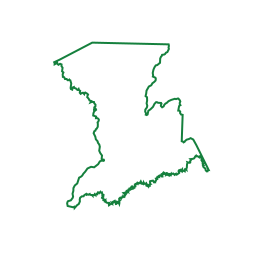 Zaragoza, Antioquia, Colombia, rotated 196°
{"feature_id": "7082276B32326905944373", "entity_name": "Zaragoza", "entity_type": "district", "adm_level": 2, "iso_a3": "COL", "parent_name": "Colombia", "parent_adm1": "Antioquia", "projection": "natural_earth1", "projection_center": [-74.894, 7.495], "detail": "fine", "context": "isolated", "style": "outline", "palette": "green", "viewbox_px": 256, "rotation_deg": 196, "n_neighbors": 0, "source": "geoboundaries", "source_scale": "gbopen_adm2", "svg_char_len": 5716}
<svg xmlns="http://www.w3.org/2000/svg" viewBox="0 0 256 256"><g transform="rotate(196 128 128)"><path d="M217.1,170.9L216.4,170.1L216.1,169.0L214.0,171.1L213.5,170.2L212.3,169.6L211.0,171.0L209.4,170.8L209.0,169.1L207.5,167.9L207.0,164.3L205.4,163.6L205.6,161.6L204.7,159.2L204.0,159.4L203.1,159.0L202.1,157.7L200.5,158.2L199.2,157.3L198.3,157.6L197.8,158.3L197.4,157.9L196.6,157.9L194.8,155.1L194.2,150.6L193.6,149.7L192.2,149.5L192.3,151.7L191.3,152.5L190.9,151.7L189.2,151.7L187.2,150.7L186.7,150.7L186.2,151.9L185.6,151.0L184.2,150.5L184.1,148.6L182.9,147.8L182.0,148.9L181.0,149.5L179.4,148.5L179.4,149.8L178.9,150.3L176.5,149.7L175.6,149.1L175.8,148.0L175.7,146.4L174.0,145.4L172.6,143.9L170.7,143.8L171.0,142.3L170.0,143.1L167.9,143.6L167.2,142.4L165.7,141.5L165.3,139.9L166.1,138.6L166.0,138.1L164.5,137.7L163.7,136.7L164.1,136.1L165.0,137.1L165.6,137.0L165.8,136.5L165.1,134.6L165.3,132.7L164.9,130.4L161.8,130.2L161.5,128.6L160.4,129.0L159.4,128.8L158.6,128.3L158.2,127.7L158.3,126.0L158.8,125.0L158.1,123.6L157.4,120.8L158.0,118.5L158.6,117.9L158.6,116.5L159.5,115.6L159.6,113.5L157.0,110.6L155.8,108.3L153.5,106.8L152.9,105.6L151.0,104.1L149.9,102.2L149.4,98.2L147.7,96.2L145.4,94.4L144.8,90.9L144.3,90.6L142.6,90.9L142.2,90.5L142.1,90.1L142.6,89.6L144.2,89.5L145.9,88.1L146.7,85.0L149.7,80.9L152.8,80.5L155.8,77.9L157.1,74.2L158.3,71.8L158.9,69.6L159.9,68.1L161.3,66.8L161.5,60.7L163.3,58.1L163.9,55.2L163.2,52.5L163.2,49.5L161.9,47.0L161.9,45.6L163.0,42.7L165.5,41.1L165.8,40.0L165.7,38.7L164.5,36.4L158.8,36.7L157.8,37.7L157.5,37.6L157.2,36.6L155.6,39.9L154.4,41.3L154.0,44.1L154.7,46.0L154.8,47.8L153.5,49.6L151.9,50.1L151.5,51.4L150.0,53.1L149.3,52.4L148.6,53.1L147.8,52.9L146.6,54.0L146.2,53.4L143.9,53.5L143.4,53.2L143.6,53.8L141.5,54.3L141.6,55.0L140.6,54.5L140.7,55.0L140.1,55.5L140.1,56.0L139.2,55.9L139.1,57.9L137.9,58.0L137.6,57.7L136.9,59.1L136.1,58.4L135.4,58.3L135.2,58.6L134.4,57.2L133.1,57.0L132.9,55.6L133.6,55.5L133.0,54.7L133.8,54.1L133.8,53.7L131.7,52.9L131.7,51.8L130.8,51.8L131.0,52.5L130.4,52.5L130.2,51.8L129.8,52.4L129.7,52.0L129.2,51.6L129.3,50.9L129.7,51.1L129.5,50.9L127.5,50.3L125.6,50.8L125.3,49.1L125.0,48.5L123.4,50.6L122.3,50.5L123.1,51.7L122.4,51.6L121.6,52.1L121.4,52.4L122.0,53.0L121.3,53.7L121.3,53.2L121.0,53.2L120.6,54.1L118.6,54.1L119.3,52.7L118.7,51.6L118.3,51.8L118.2,52.8L116.9,53.1L116.5,53.9L115.5,52.7L115.6,53.7L116.3,55.2L115.8,56.1L116.5,56.1L117.0,57.7L116.2,59.0L115.6,59.0L115.1,58.5L114.9,59.3L114.5,59.6L114.5,60.4L113.7,60.5L113.8,61.0L112.8,60.5L112.4,60.9L112.6,61.5L112.0,63.3L112.6,62.9L113.0,63.5L114.4,64.3L112.3,65.4L112.1,66.7L111.3,66.3L111.3,67.0L110.7,66.8L111.0,67.2L110.1,67.7L110.6,68.7L109.5,69.1L110.1,69.7L110.0,70.2L109.7,70.2L109.2,69.2L108.8,69.3L108.5,70.1L108.9,70.9L108.4,72.8L107.9,73.0L107.6,72.4L106.4,71.9L106.3,71.6L106.6,71.0L106.1,71.3L105.8,72.0L105.3,72.4L105.7,73.2L105.3,73.6L105.5,74.1L105.0,74.2L105.4,74.9L104.8,74.9L105.2,75.0L104.8,76.0L105.2,76.4L104.3,77.0L103.9,78.1L103.2,78.0L103.9,77.3L103.1,77.0L103.0,78.1L102.8,77.5L102.4,78.0L101.6,78.1L101.0,80.2L100.5,79.6L100.3,78.5L99.7,78.2L98.8,78.3L98.7,79.0L98.0,79.3L98.0,79.9L97.4,79.2L98.0,77.7L96.5,79.3L95.6,79.1L95.2,79.8L94.7,79.0L94.5,77.7L93.8,77.6L94.0,78.2L93.6,78.7L92.2,77.5L92.2,77.9L91.8,78.1L92.2,78.3L91.7,78.6L92.0,78.8L91.4,79.5L92.0,79.4L91.1,80.6L92.1,82.3L92.1,83.0L89.5,84.3L88.0,82.9L87.7,83.0L88.0,83.2L87.6,83.7L87.1,83.2L87.4,83.7L86.9,83.7L86.5,86.4L87.2,87.1L86.4,87.6L85.9,86.9L85.7,87.1L86.4,88.6L86.2,89.3L85.8,89.5L85.5,89.1L85.1,89.2L85.5,89.5L84.6,89.9L84.5,90.4L84.8,90.8L83.8,91.6L82.9,91.4L82.4,90.7L81.9,90.8L82.1,91.3L81.7,91.3L82.3,92.6L81.8,93.0L82.3,93.3L81.9,93.5L82.1,93.8L81.7,94.8L81.1,94.3L80.9,94.9L80.4,94.8L79.7,94.0L79.2,94.4L78.8,94.2L78.5,95.3L78.1,95.4L77.4,94.9L78.3,93.8L78.3,93.4L77.3,94.3L76.7,94.2L76.4,94.5L76.1,94.2L76.5,93.8L75.2,93.6L75.0,94.3L74.5,94.3L75.2,95.3L73.9,95.5L73.8,96.0L73.5,95.7L73.4,96.1L72.8,96.1L72.0,96.7L70.3,95.8L70.1,96.2L70.4,96.4L69.5,97.1L69.4,96.6L68.4,96.5L66.4,98.9L66.5,99.4L67.3,100.0L67.5,101.0L67.3,101.4L66.1,101.3L66.6,101.9L66.0,102.4L65.0,102.3L64.7,102.9L64.4,101.5L63.9,101.1L63.5,102.3L61.5,102.0L62.0,104.0L61.3,104.4L60.4,104.0L60.8,104.8L60.5,106.0L61.3,109.6L61.0,110.8L61.5,111.5L59.4,111.5L58.7,111.9L58.7,112.3L59.1,112.5L59.2,113.0L58.6,114.8L59.4,115.3L57.2,116.2L56.0,117.1L55.5,119.3L55.0,120.1L54.6,119.5L53.4,120.1L51.3,119.4L51.0,120.8L50.2,120.9L49.4,119.4L48.5,119.1L48.6,117.4L47.4,116.3L46.7,116.3L46.6,114.7L46.1,114.2L45.6,114.3L45.9,113.2L44.9,112.8L45.3,112.1L44.6,111.2L42.4,110.3L41.7,108.8L40.4,108.0L39.6,108.3L39.5,109.8L38.9,109.9L57.5,130.3L62.1,134.9L65.0,135.5L66.4,134.2L68.5,132.9L69.7,130.9L69.8,130.3L70.6,129.5L71.5,130.1L72.7,130.1L79.1,155.7L80.7,155.6L82.1,156.8L82.3,158.1L83.3,158.8L84.5,158.6L84.9,162.9L84.8,163.5L83.9,164.4L84.9,165.3L85.2,166.5L85.0,167.8L85.7,168.8L87.7,170.2L88.2,170.1L89.8,169.0L91.0,169.0L94.2,166.9L96.4,165.0L97.8,162.6L98.6,162.0L99.5,160.3L99.7,158.6L100.9,157.3L102.4,158.2L102.7,158.9L102.5,160.6L103.1,161.2L106.1,160.5L107.2,160.8L108.1,160.6L109.2,158.5L109.8,155.2L111.6,152.1L113.2,150.2L112.9,146.4L113.6,145.6L114.6,145.7L114.6,146.9L116.0,148.5L116.4,150.5L115.5,152.9L115.6,154.7L116.9,156.8L117.2,159.7L118.2,162.8L119.9,163.5L120.0,166.1L120.5,169.0L119.4,173.6L117.4,175.5L116.9,177.7L115.5,179.5L114.6,181.2L114.8,182.9L115.5,183.9L118.3,184.3L118.3,185.4L119.4,187.7L119.6,191.1L119.3,193.5L118.6,195.8L117.2,196.6L115.2,199.5L116.2,203.7L115.9,205.7L115.4,206.6L115.4,207.7L113.3,208.7L112.8,209.3L112.3,210.8L111.1,211.8L110.5,215.3L111.2,216.5L111.3,218.2L112.0,219.6L185.9,200.2L212.7,174.7L217.1,170.9Z" fill="none" stroke="#15803d" stroke-width="2"/></g></svg>